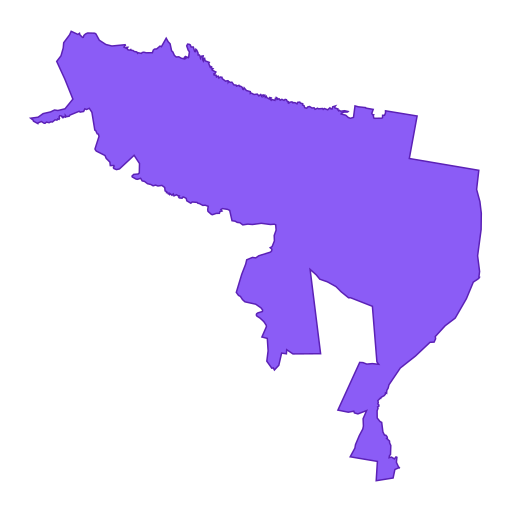 outline of Villa del Carbón, México, Mexico, rotated 270°
{"feature_id": "50627088B23542749511930", "entity_name": "Villa del Carbón", "entity_type": "district", "adm_level": 2, "iso_a3": "MEX", "parent_name": "Mexico", "parent_adm1": "México", "projection": "albers", "projection_center": [-99.483, 19.744], "detail": "fine", "context": "isolated", "style": "filled", "palette": "violet", "viewbox_px": 512, "rotation_deg": 270, "n_neighbors": 0, "source": "geoboundaries", "source_scale": "gbopen_adm2", "svg_char_len": 6066}
<svg xmlns="http://www.w3.org/2000/svg" viewBox="0 0 512 512"><g transform="rotate(270 256 256)"><path d="M142.0,274.4L146.7,278.8L158.9,281.6L158.2,286.4L162.3,286.7L158.1,292.9L158.3,320.6L242.6,310.1L237.1,316.3L232.8,319.8L230.2,327.3L225.4,336.0L220.0,341.4L214.2,348.6L214.3,350.5L205.7,372.4L150.2,376.9L147.7,378.7L148.4,372.4L147.9,366.8L149.4,363.0L149.6,359.7L101.9,337.9L99.8,348.3L100.8,353.8L99.1,354.4L98.1,357.9L101.4,366.6L93.3,363.1L85.9,363.4L83.0,362.8L76.4,359.3L67.4,355.5L63.9,354.9L55.2,350.2L50.6,377.4L31.3,376.2L34.0,393.1L42.5,394.9L44.2,398.8L43.9,399.8L45.3,398.4L49.7,396.4L54.7,396.9L55.1,396.0L53.1,394.4L54.9,391.5L54.3,389.1L56.4,389.5L57.5,390.5L66.5,390.8L69.1,389.6L71.0,389.5L73.5,386.7L73.9,387.4L75.4,387.0L76.8,385.8L76.9,384.5L80.1,382.9L89.6,381.7L90.5,380.0L94.0,377.2L101.2,377.1L103.6,378.0L105.1,377.6L105.9,378.9L107.2,378.8L108.2,377.8L109.6,378.3L111.3,377.8L113.8,380.2L113.6,380.7L114.7,381.2L116.4,384.2L117.7,385.3L119.2,385.5L118.7,386.6L121.6,386.8L123.8,388.1L127.3,389.0L144.0,400.3L156.0,415.5L169.7,430.0L169.9,434.1L173.2,435.6L175.5,435.3L186.3,445.2L193.9,455.2L213.3,466.4L229.9,473.3L233.5,478.7L234.8,479.5L235.0,478.9L240.5,479.6L256.2,477.6L282.4,481.1L298.7,481.3L310.4,479.9L322.6,476.6L341.7,478.8L353.5,409.3L396.0,417.1L401.2,385.5L399.0,385.5L396.7,384.5L396.7,382.6L394.3,382.5L393.8,381.7L393.7,374.5L394.0,373.8L396.3,373.3L397.2,373.7L397.4,372.5L398.6,371.8L402.6,373.2L403.9,365.9L404.4,365.6L405.2,358.3L406.1,355.0L394.6,353.5L393.7,350.4L394.5,348.3L396.8,345.7L398.0,341.1L398.9,341.4L399.9,344.0L400.0,347.6L400.5,348.1L401.3,344.6L400.8,340.7L401.7,339.2L401.2,338.7L402.3,337.8L403.0,338.0L404.1,334.9L405.1,334.6L406.0,335.3L405.2,332.7L403.0,332.0L403.2,330.8L404.2,329.9L402.2,327.7L403.5,324.4L402.6,323.2L403.5,322.6L403.2,318.5L403.8,317.5L402.7,315.1L404.2,314.1L404.0,312.0L405.5,309.6L405.1,307.8L403.8,306.7L404.3,304.7L406.4,304.0L407.0,302.6L408.3,302.7L408.9,300.4L409.9,299.8L409.7,297.7L408.2,297.0L409.4,294.9L409.2,292.8L409.9,292.6L410.1,291.4L409.6,289.3L408.8,288.8L409.2,288.1L410.4,288.2L410.8,287.2L412.3,286.4L412.6,285.1L411.6,284.0L412.7,281.9L411.8,280.2L413.1,279.3L412.7,277.6L413.4,277.9L414.4,276.4L413.2,276.4L413.6,275.4L411.6,274.9L412.5,272.1L411.7,271.2L412.8,270.4L414.1,271.2L414.5,269.7L413.1,269.1L414.4,266.8L415.7,266.3L414.7,265.3L416.8,264.8L415.5,263.2L417.0,263.3L416.8,261.9L415.9,261.5L417.5,260.7L416.1,258.9L417.9,257.3L417.5,254.0L418.9,251.4L418.5,250.3L420.4,250.3L421.5,246.4L424.2,244.1L422.5,243.5L422.6,242.9L424.7,242.2L425.8,240.6L425.6,239.6L426.7,239.0L425.9,236.5L426.9,236.1L427.1,233.9L429.8,231.9L429.6,230.3L430.6,228.6L429.9,228.2L431.2,228.1L431.3,227.3L430.8,225.6L433.4,222.2L434.7,222.0L435.0,220.2L434.0,218.9L435.9,218.1L435.1,216.5L436.8,216.1L436.8,214.9L437.7,214.6L437.4,214.0L438.2,213.9L438.5,215.0L440.0,215.9L441.8,212.3L442.4,212.0L443.3,213.0L444.1,211.2L445.1,211.6L445.6,210.6L445.1,210.1L448.5,208.7L449.6,209.3L451.2,205.1L453.7,204.6L453.5,204.0L451.0,203.3L452.5,202.5L456.1,203.2L455.9,201.7L453.7,200.5L456.4,199.9L457.1,199.2L457.0,198.2L459.2,198.0L461.8,196.8L462.7,195.9L460.4,195.4L460.5,194.7L465.0,193.3L465.0,191.1L467.1,190.3L467.7,189.2L467.9,187.6L466.1,186.7L461.8,188.2L460.2,189.4L454.6,188.6L454.2,188.1L455.1,186.8L454.6,186.4L455.5,185.4L454.6,184.4L453.5,185.6L453.0,184.7L453.8,181.2L455.2,178.8L455.0,176.2L456.6,174.4L460.1,172.8L461.2,171.6L468.2,170.1L470.2,168.2L473.8,166.2L465.3,161.4L465.9,160.0L463.1,156.7L462.9,154.5L461.9,153.3L459.3,152.4L459.2,146.3L459.8,143.8L459.5,142.2L458.6,141.4L459.3,137.9L458.8,137.6L460.1,136.7L460.5,134.3L461.5,133.0L461.7,131.2L462.5,130.8L461.9,130.0L462.1,128.1L463.5,127.0L464.7,127.8L464.7,126.8L463.8,126.2L464.9,124.0L466.8,125.4L467.3,125.1L466.0,111.9L467.5,105.9L471.8,99.3L478.1,95.9L478.8,94.7L479.0,87.6L478.1,85.6L476.6,83.9L474.7,83.3L474.6,82.5L477.3,79.8L478.7,79.5L477.6,77.9L480.7,71.2L477.2,69.6L469.3,63.7L463.9,63.2L456.2,61.0L450.6,56.7L433.0,64.8L412.9,72.9L403.2,65.0L401.5,57.9L402.0,54.5L400.1,50.6L398.4,43.1L394.8,38.1L393.8,30.7L391.6,33.4L390.8,33.5L388.4,37.9L389.1,38.1L390.5,41.3L388.8,44.1L388.7,45.0L389.9,46.5L389.3,49.1L390.2,50.8L390.0,52.4L392.2,55.1L391.9,57.0L393.1,57.7L392.6,59.0L393.5,59.5L395.0,59.1L396.3,59.7L396.2,61.1L394.3,62.7L394.4,63.2L395.4,63.0L394.9,65.3L396.7,65.3L395.3,66.4L395.8,69.2L396.9,69.9L400.7,79.1L399.9,80.1L400.5,83.6L403.2,84.9L402.5,86.5L403.7,89.3L399.7,91.9L381.9,94.8L381.4,95.7L378.2,97.2L377.8,98.4L375.6,99.0L363.1,95.0L362.4,95.2L360.9,96.3L356.5,105.0L353.6,106.2L349.9,109.9L346.4,110.3L346.5,113.8L345.9,114.1L344.2,113.4L343.4,114.0L342.4,116.5L343.1,119.5L356.7,134.1L348.5,139.5L339.1,139.3L338.0,138.1L337.6,133.7L335.9,132.0L335.0,132.3L332.9,136.1L332.7,137.5L333.7,140.6L331.1,142.2L330.6,144.5L328.3,147.5L327.5,150.9L326.2,153.1L326.9,155.6L326.0,157.9L326.6,161.9L324.5,164.7L321.1,165.1L320.3,166.7L319.4,166.5L319.0,168.0L318.2,168.2L317.9,169.0L318.4,169.3L317.5,169.7L318.2,170.3L316.7,172.0L318.0,173.2L316.1,174.0L317.3,176.6L316.4,177.5L316.1,179.3L314.9,178.7L314.1,179.3L313.8,182.1L315.1,183.1L314.7,184.2L313.6,186.2L311.2,186.8L308.8,190.8L310.0,192.2L309.6,197.1L308.7,197.9L308.5,199.3L306.6,202.8L306.8,205.2L305.7,208.2L302.3,207.7L300.6,208.0L297.6,211.4L297.3,212.4L298.6,216.2L298.7,219.4L300.4,219.9L301.0,222.0L302.5,220.9L303.4,222.6L302.6,227.7L301.6,229.7L291.3,232.0L290.8,235.2L289.6,237.2L289.3,239.9L287.1,242.8L287.9,247.8L287.5,252.4L288.7,261.3L287.5,270.5L287.8,274.3L287.2,275.7L281.9,276.1L276.5,274.2L271.1,274.4L265.4,272.1L264.3,270.2L262.8,271.9L261.1,271.6L259.9,270.5L256.3,258.9L254.1,255.7L254.6,252.5L252.2,246.7L247.9,245.7L237.6,241.7L219.6,236.3L216.6,238.5L215.6,240.4L212.4,242.5L210.2,244.9L207.8,255.7L204.2,260.9L202.0,262.6L200.5,262.4L199.1,257.8L198.2,256.6L197.0,256.3L195.9,256.9L194.0,259.9L190.4,263.8L186.8,266.2L185.3,266.4L175.0,261.9L173.6,267.3L161.2,268.1L150.8,266.8L143.8,271.8L144.1,273.3L142.0,274.4Z" fill="#8b5cf6" stroke="#5b21b6" stroke-width="1.5"/></g></svg>